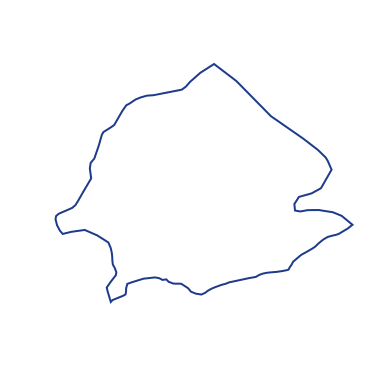 outline of Baoro, Nana-Mambéré, Central African Republic, rotated 247°
{"feature_id": "33826404B60338684619617", "entity_name": "Baoro", "entity_type": "district", "adm_level": 2, "iso_a3": "CAF", "parent_name": "Central African Republic", "parent_adm1": "Nana-Mambéré", "projection": "robinson", "projection_center": [16.033, 5.49], "detail": "fine", "context": "isolated", "style": "outline", "palette": "blue", "viewbox_px": 384, "rotation_deg": 247, "n_neighbors": 0, "source": "geoboundaries", "source_scale": "gbopen_adm2", "svg_char_len": 1719}
<svg xmlns="http://www.w3.org/2000/svg" viewBox="0 0 384 384"><g transform="rotate(247 192 192)"><path d="M99.1,326.9L111.5,320.5L118.3,313.8L125.9,301.6L130.1,291.4L131.8,284.0L134.7,279.6L140.9,281.5L143.9,285.9L145.7,288.4L144.0,301.6L145.1,312.2L152.6,322.1L158.0,329.2L167.7,329.1L171.6,328.5L181.6,324.3L197.9,315.1L230.9,294.3L276.8,276.2L301.2,262.3L298.5,246.3L294.1,233.1L291.4,227.6L290.2,222.6L296.2,194.2L298.3,188.2L299.1,181.9L299.2,176.4L298.6,173.0L297.8,169.0L297.5,165.4L294.1,159.9L284.1,146.6L283.4,143.6L282.6,139.0L281.8,133.9L279.8,131.3L270.9,124.1L261.0,115.2L258.4,110.1L253.7,107.2L243.9,104.5L235.5,93.1L228.3,83.6L225.5,79.6L224.2,75.6L224.1,70.8L224.1,65.0L224.0,60.6L222.9,57.4L220.1,55.7L214.2,54.8L208.0,55.3L203.9,56.6L202.5,65.3L199.0,78.4L189.1,87.8L178.2,95.3L172.2,95.3L167.3,94.4L163.1,93.1L160.0,91.9L156.2,90.8L152.0,91.2L147.7,91.0L145.2,89.4L141.2,82.3L137.4,76.2L133.5,75.5L122.5,74.3L123.6,76.7L123.4,88.2L123.7,90.8L126.3,92.5L129.0,93.7L130.2,94.6L132.7,96.6L132.4,101.4L132.0,105.4L131.6,109.2L131.1,113.8L130.6,115.3L127.9,124.4L125.6,128.0L122.6,130.5L121.6,134.2L118.5,135.4L115.2,138.8L114.2,140.7L111.8,146.2L105.0,150.8L100.7,152.1L97.0,155.7L94.0,160.5L94.0,164.6L94.8,167.5L95.1,169.4L95.4,173.1L95.3,177.0L95.1,181.2L94.9,183.7L94.4,186.6L94.3,190.9L90.3,211.6L88.9,217.5L89.2,219.7L89.4,222.2L89.2,225.3L88.4,229.3L87.4,232.6L86.3,236.0L85.3,239.0L83.8,244.9L83.0,248.8L82.8,250.5L84.5,252.5L86.0,255.0L88.4,258.0L88.9,259.8L90.0,263.2L91.2,267.0L91.6,269.0L91.9,272.4L92.2,275.0L93.0,281.2L93.5,283.8L94.9,287.5L96.2,291.5L97.1,295.1L97.6,299.5L97.0,304.0L96.3,307.8L96.1,310.8L97.5,320.9L99.1,326.9Z" fill="none" stroke="#1e3a8a" stroke-width="2"/></g></svg>